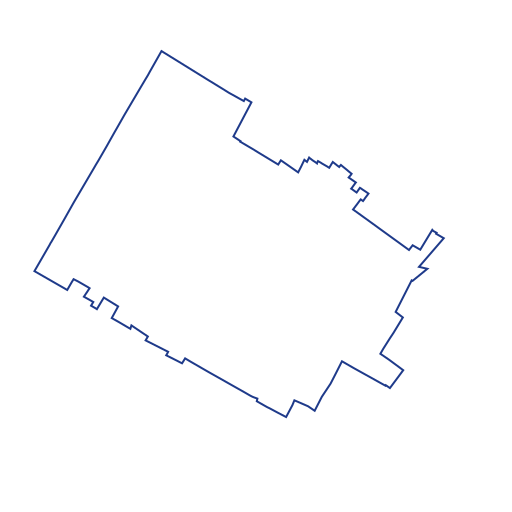 outline of Calakmul, Campeche, Mexico, rotated 120°
{"feature_id": "50627088B56172328383937", "entity_name": "Calakmul", "entity_type": "district", "adm_level": 2, "iso_a3": "MEX", "parent_name": "Mexico", "parent_adm1": "Campeche", "projection": "natural_earth1", "projection_center": [-89.72, 18.488], "detail": "fine", "context": "isolated", "style": "outline", "palette": "blue", "viewbox_px": 512, "rotation_deg": 120, "n_neighbors": 0, "source": "geoboundaries", "source_scale": "gbopen_adm2", "svg_char_len": 3227}
<svg xmlns="http://www.w3.org/2000/svg" viewBox="0 0 512 512"><g transform="rotate(120 256 256)"><path d="M125.8,440.3L149.6,440.1L153.4,440.0L158.4,440.1L166.2,440.2L199.2,440.5L199.6,440.5L215.5,440.4L218.1,440.4L219.1,440.4L228.0,440.3L235.4,440.2L236.0,440.2L242.4,440.2L252.2,440.2L257.1,440.3L260.3,440.3L300.7,440.6L318.9,440.4L338.7,440.3L339.4,440.3L340.0,440.3L341.4,440.3L343.2,440.3L344.5,440.3L346.1,440.3L347.4,440.4L349.7,440.3L352.1,440.3L353.9,440.3L355.5,440.3L357.2,440.3L358.3,440.3L361.2,440.3L362.4,440.3L363.5,440.3L366.0,440.3L367.6,440.3L368.8,440.3L371.1,440.3L379.9,440.3L379.8,406.2L379.8,402.5L370.9,402.5L368.2,402.4L367.3,402.4L367.1,399.2L367.0,397.1L367.0,393.9L367.0,392.7L367.0,391.8L367.0,391.7L367.0,387.8L367.0,387.2L367.0,386.5L367.0,385.8L367.1,384.0L369.6,384.2L370.3,384.2L377.3,384.7L377.2,378.5L377.2,378.4L377.2,377.9L377.2,377.6L377.2,377.1L377.2,375.9L377.2,373.9L381.5,374.0L381.5,372.9L381.5,368.7L381.6,367.2L379.9,367.2L373.6,367.1L368.1,367.0L368.6,350.2L377.0,350.0L381.9,349.9L381.8,341.6L381.9,328.4L378.4,329.2L379.8,309.4L384.3,309.4L382.9,284.2L384.9,284.1L386.9,284.1L386.2,272.3L386.0,268.0L385.9,266.4L383.9,266.3L380.1,266.2L380.2,259.6L380.2,239.2L379.8,197.7L379.8,191.4L379.7,189.1L379.6,188.2L379.4,186.8L378.8,183.5L381.4,182.7L381.3,170.7L381.1,168.2L380.8,158.8L380.4,149.4L366.9,149.9L361.8,150.6L360.1,135.8L360.7,127.8L345.0,128.6L329.3,127.6L318.8,128.1L304.2,128.9L304.2,115.8L303.7,84.8L303.6,79.0L303.0,79.0L303.4,74.0L281.3,71.4L279.3,88.9L278.5,99.4L272.4,99.4L260.3,98.9L253.9,98.5L235.8,98.1L234.6,107.1L208.6,108.5L199.3,109.0L199.3,108.0L181.4,101.2L183.9,109.4L146.7,102.3L146.7,107.2L146.7,111.2L145.6,111.2L145.7,115.4L145.4,115.8L145.2,116.4L168.4,116.9L168.4,125.7L174.3,126.5L173.0,138.9L168.6,181.3L167.2,195.2L161.7,194.5L161.2,194.4L160.1,194.3L158.5,194.1L157.4,194.0L156.8,193.9L155.8,193.8L154.6,193.6L154.8,191.8L154.9,190.8L153.3,190.6L151.5,190.5L149.8,190.3L147.6,190.0L145.7,189.8L145.4,193.4L145.3,195.1L145.2,197.0L145.0,198.9L145.0,200.1L150.7,200.6L150.6,201.9L150.2,205.6L150.1,206.6L150.1,207.2L148.0,206.9L146.7,206.8L145.7,206.7L145.1,206.6L144.6,206.6L144.2,206.5L143.8,206.5L143.3,206.4L142.9,206.4L142.4,206.3L141.8,213.8L141.7,215.0L141.0,214.9L140.5,214.8L139.4,214.6L138.4,214.4L138.2,214.4L137.0,214.3L136.8,215.5L136.3,218.6L136.1,219.5L135.9,220.7L135.6,222.6L135.2,225.2L134.7,228.0L135.6,228.2L136.4,228.3L136.5,228.4L137.2,228.5L137.3,228.5L136.9,231.7L136.8,232.1L136.6,233.6L136.2,236.5L137.0,236.5L137.9,236.6L138.7,236.6L143.0,236.7L143.0,236.8L143.0,237.2L143.0,237.8L142.9,238.6L142.9,239.3L142.9,240.1L142.9,241.5L142.9,242.7L142.9,243.3L142.9,244.1L142.9,244.4L142.9,245.0L142.9,245.4L142.8,246.2L142.8,246.6L142.8,247.4L142.8,248.3L142.8,248.6L142.8,249.8L143.2,249.8L143.9,249.7L144.6,249.6L145.0,249.6L145.3,249.5L145.1,251.1L145.0,252.5L144.9,254.2L144.8,255.1L144.7,255.9L144.5,257.3L144.4,258.3L144.2,259.2L149.0,258.9L148.5,262.2L156.3,261.6L162.5,261.3L161.3,275.1L160.7,282.3L165.7,282.5L165.2,305.7L165.0,312.4L164.9,326.8L164.3,326.8L163.8,335.3L125.2,336.8L125.1,344.1L127.9,344.0L128.2,361.0L127.9,369.4L127.5,385.2L125.8,440.3Z" fill="none" stroke="#1e3a8a" stroke-width="2"/></g></svg>